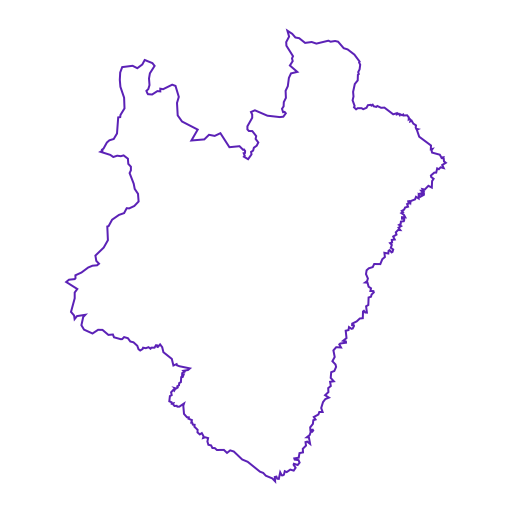 the district of Mpika, Muchinga, Zambia
{"feature_id": "96606910B87532559916375", "entity_name": "Mpika", "entity_type": "district", "adm_level": 2, "iso_a3": "ZMB", "parent_name": "Zambia", "parent_adm1": "Muchinga", "projection": "orthographic", "projection_center": [31.827, -12.049], "detail": "fine", "context": "isolated", "style": "outline", "palette": "violet", "viewbox_px": 512, "rotation_deg": 0, "n_neighbors": 0, "source": "geoboundaries", "source_scale": "gbopen_adm2", "svg_char_len": 6037}
<svg xmlns="http://www.w3.org/2000/svg" viewBox="0 0 512 512"><path d="M359.6,61.6L354.4,54.6L347.6,49.4L343.7,48.2L338.1,41.7L335.1,41.0L330.6,41.7L328.4,40.7L316.4,43.6L311.7,42.0L305.1,42.9L299.2,38.2L295.4,37.5L292.2,33.8L287.4,30.7L289.1,36.6L286.2,42.1L286.4,45.7L293.0,56.2L292.0,58.4L292.7,61.1L289.9,65.5L297.3,71.9L291.0,73.4L288.9,77.9L287.8,86.2L285.6,90.8L285.9,97.9L283.8,102.1L283.6,106.4L282.0,108.8L283.1,112.2L284.6,111.9L285.8,113.3L283.3,116.7L279.9,117.1L267.4,115.7L254.9,110.3L251.0,112.0L252.2,114.5L252.2,117.8L247.4,126.3L247.4,129.4L248.9,131.0L252.3,131.1L256.2,136.1L255.6,138.9L258.3,142.5L256.7,145.7L253.9,147.7L253.1,150.6L251.1,151.9L251.5,154.4L248.1,159.2L243.9,156.7L244.7,155.7L243.7,153.2L245.0,152.9L245.1,151.0L244.0,149.5L243.1,149.8L239.5,146.2L229.4,147.2L220.4,133.2L214.7,135.9L209.0,134.8L204.3,139.4L191.4,140.5L197.7,129.6L182.0,121.5L177.7,115.4L177.0,102.9L178.8,96.9L175.5,85.9L172.2,84.7L163.1,89.2L160.3,88.7L160.3,91.4L157.4,91.1L152.1,94.5L148.0,94.2L147.3,93.1L146.4,90.9L148.3,89.1L149.5,85.1L149.0,78.5L149.9,73.3L154.6,65.9L152.4,63.1L144.7,60.0L142.3,64.5L137.3,68.2L132.6,65.8L122.2,67.1L120.2,72.5L119.8,79.8L120.4,86.8L124.1,97.7L124.5,108.4L120.5,114.9L120.2,117.1L118.2,117.4L117.0,133.5L113.7,139.0L109.4,140.3L106.9,142.5L103.5,148.6L102.0,149.7L102.4,150.7L100.5,151.8L110.3,154.9L113.3,157.0L117.2,155.7L120.8,156.2L123.6,155.4L127.9,158.7L128.3,163.9L130.9,166.7L130.9,170.3L129.6,173.1L133.7,183.7L134.7,188.9L138.0,193.8L138.6,201.5L134.3,206.0L129.2,208.4L126.7,208.2L124.1,213.1L119.0,214.9L112.1,219.7L108.6,226.1L107.3,226.5L107.9,240.2L103.7,247.6L95.4,255.6L96.3,260.9L99.0,263.7L97.1,265.3L92.5,265.7L88.2,267.5L81.5,272.5L75.4,275.3L75.5,278.2L74.7,279.1L69.0,279.7L66.2,282.0L77.3,289.0L74.7,292.5L74.7,298.3L71.0,311.9L74.1,315.5L74.6,319.1L77.0,316.1L85.3,314.8L83.2,317.0L81.4,325.2L84.0,329.6L92.5,333.5L98.1,329.8L102.5,329.9L108.4,334.9L112.9,334.5L114.0,337.3L120.8,339.2L122.2,339.1L124.1,337.1L127.9,338.2L130.3,341.5L133.5,342.3L137.3,345.8L138.5,349.2L140.2,350.5L142.6,349.0L143.1,347.7L145.8,348.2L148.5,347.2L150.5,348.7L151.3,347.7L154.5,347.7L156.0,345.2L157.2,345.4L157.4,346.9L157.8,347.0L160.1,344.4L162.2,347.2L163.4,352.2L171.8,358.9L173.4,365.5L176.6,364.1L177.0,365.3L179.3,366.2L189.9,368.4L188.0,370.0L183.4,370.8L184.4,371.8L182.2,373.1L182.1,375.1L183.6,374.7L182.7,377.0L181.2,377.2L180.9,382.1L179.2,383.1L179.0,385.3L177.3,386.3L177.7,387.5L176.2,388.5L174.7,388.1L175.3,388.7L174.2,390.7L173.4,389.8L171.1,392.3L171.7,395.1L169.9,396.1L169.3,401.3L171.6,402.3L171.7,403.7L173.4,403.3L173.0,404.2L174.5,406.0L176.7,405.8L177.4,406.7L179.3,406.7L184.0,403.5L183.3,405.7L184.0,413.9L186.9,417.2L188.8,417.4L188.5,418.7L191.9,420.1L191.3,422.6L192.2,422.6L192.8,424.6L194.6,424.8L194.4,426.7L197.6,429.8L197.5,432.4L199.8,434.4L201.8,433.1L203.6,436.4L203.1,438.0L205.2,437.3L208.1,438.1L207.4,441.5L208.4,444.8L211.1,445.4L212.4,448.0L214.8,448.1L216.9,450.0L223.9,449.9L227.0,452.9L230.2,450.4L233.8,451.5L242.2,459.5L247.7,461.8L260.0,471.7L263.2,472.9L265.8,475.7L272.3,478.4L275.1,481.3L274.8,477.0L276.4,476.6L277.2,478.7L278.8,478.9L280.2,472.3L281.7,475.3L282.7,475.4L283.9,474.7L284.8,471.2L286.7,472.1L290.3,469.6L293.7,470.6L295.6,467.8L293.6,464.8L293.9,463.8L297.7,465.0L299.6,462.6L298.5,460.1L294.7,459.6L294.3,458.4L298.7,457.7L299.5,453.1L303.0,452.4L302.8,448.8L306.0,445.6L305.5,442.1L307.2,441.6L310.1,443.9L308.9,437.4L306.8,437.3L309.7,435.0L310.7,431.9L312.2,431.8L313.2,430.5L312.7,429.7L310.4,430.3L310.2,427.3L312.9,423.9L313.3,420.2L315.5,419.5L313.8,417.0L318.4,414.5L319.3,412.0L322.6,412.0L321.2,408.0L323.0,402.1L325.3,399.1L328.9,397.6L325.1,395.2L328.4,392.1L328.2,388.1L330.8,386.0L330.1,381.8L333.8,381.3L330.7,377.9L331.2,372.2L334.3,371.0L336.1,366.9L335.5,364.5L332.4,361.2L334.7,357.0L333.4,350.4L336.2,347.2L341.0,347.5L339.3,344.4L340.3,343.5L346.0,342.7L345.9,341.5L343.1,340.8L346.5,338.1L345.7,330.7L348.5,330.1L349.0,327.1L351.5,328.8L352.7,328.5L354.0,325.9L353.7,325.1L352.1,325.1L352.2,323.6L356.7,321.4L359.8,318.5L362.8,318.2L363.0,311.5L363.9,310.8L365.2,312.5L366.9,312.6L366.1,306.3L368.3,305.0L368.6,297.5L371.0,296.7L371.6,294.5L373.8,292.4L373.4,291.1L370.4,291.0L371.0,288.3L368.6,286.7L367.5,282.7L365.2,282.5L367.1,281.1L367.9,278.5L366.0,274.1L366.6,270.3L368.8,268.3L372.7,267.1L374.2,264.0L380.3,264.1L382.3,259.2L384.9,257.0L384.4,252.8L388.3,253.5L388.6,250.8L389.6,250.1L391.6,252.4L392.5,251.9L393.2,249.5L390.8,247.8L391.8,245.0L390.1,243.1L392.1,242.5L391.8,239.9L394.7,239.5L393.2,236.5L396.5,234.6L395.8,232.3L398.1,230.0L400.3,230.1L398.5,227.7L401.1,226.1L399.1,224.9L400.7,224.0L400.9,221.6L403.8,221.2L404.2,220.1L404.2,218.8L402.0,218.7L402.0,217.2L405.3,217.4L403.8,214.7L401.4,213.1L403.0,212.2L401.8,210.9L404.1,209.6L405.1,207.5L408.0,206.7L407.1,204.1L408.7,203.6L408.2,201.3L409.4,201.1L410.4,202.7L410.6,201.1L415.0,199.4L416.0,196.8L418.7,198.5L418.7,194.9L420.3,196.8L423.9,194.8L423.9,194.0L421.6,194.7L420.3,193.6L423.1,192.9L421.2,190.7L422.5,190.6L424.3,192.5L422.5,189.1L424.7,189.6L428.4,185.8L431.8,187.6L432.1,181.0L433.6,178.8L431.2,177.0L430.9,175.5L434.3,172.6L436.2,172.6L437.2,168.4L438.8,169.2L440.6,167.3L443.7,168.1L442.2,165.0L445.8,162.8L444.0,161.4L443.7,158.3L442.4,158.2L443.0,157.3L441.4,157.5L439.8,154.7L432.1,152.6L431.5,150.3L432.5,148.9L430.8,149.3L431.0,145.5L419.2,136.7L416.8,129.7L417.9,129.2L416.2,128.8L415.7,127.5L416.0,125.4L413.3,123.6L411.7,120.8L410.3,121.4L410.7,119.9L409.6,118.8L408.7,119.4L408.8,117.4L407.1,115.3L403.6,115.5L403.2,114.5L402.1,115.2L400.3,114.3L399.8,115.2L398.7,113.7L396.8,114.4L396.8,113.2L393.2,114.3L384.4,107.6L381.1,107.8L377.3,106.0L376.3,106.9L373.7,106.3L372.7,104.7L371.4,105.6L370.7,104.8L367.9,105.2L366.5,107.8L363.2,109.2L361.6,108.2L357.7,108.2L356.1,109.3L354.0,107.3L354.6,105.9L352.6,100.3L353.5,96.5L353.1,91.9L354.8,84.0L357.7,80.4L357.9,74.8L358.8,74.0L358.2,72.1L359.6,69.3L360.2,64.7L359.1,62.5L359.6,61.6Z" fill="none" stroke="#5b21b6" stroke-width="2"/></svg>